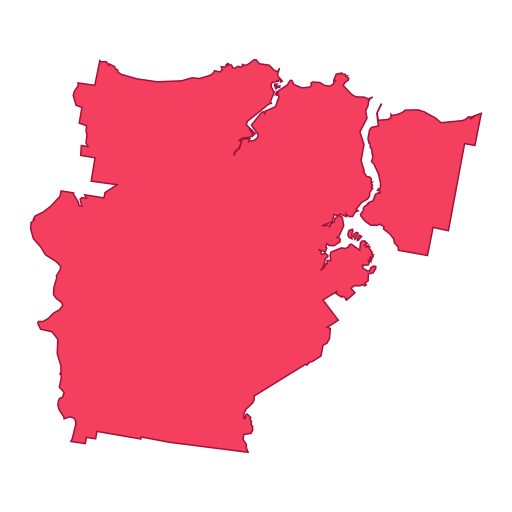 the district of Devonport, Tasmania, Australia
{"feature_id": "25037944B44278737612916", "entity_name": "Devonport", "entity_type": "district", "adm_level": 2, "iso_a3": "AUS", "parent_name": "Australia", "parent_adm1": "Tasmania", "projection": "robinson", "projection_center": [146.333, -41.213], "detail": "fine", "context": "isolated", "style": "filled", "palette": "rose", "viewbox_px": 512, "rotation_deg": 0, "n_neighbors": 0, "source": "geoboundaries", "source_scale": "gbopen_adm2", "svg_char_len": 5940}
<svg xmlns="http://www.w3.org/2000/svg" viewBox="0 0 512 512"><path d="M61.1,190.9L60.0,196.3L51.0,206.0L43.4,211.9L35.0,216.1L33.3,219.5L34.3,219.8L31.0,222.8L30.7,229.1L33.4,238.6L40.8,247.1L45.6,254.9L55.6,261.2L60.7,266.1L60.0,270.0L56.4,275.9L56.7,277.8L53.9,287.6L53.5,294.6L56.2,298.4L61.6,302.5L62.7,305.3L59.6,309.7L53.5,313.1L48.3,318.5L43.0,321.5L38.4,321.5L37.8,323.4L40.6,329.2L52.0,331.8L57.8,339.2L57.2,353.6L60.9,365.8L61.0,371.8L59.9,374.0L60.8,374.7L61.0,373.1L61.3,377.7L59.3,387.1L64.1,392.4L62.4,397.5L59.7,398.3L58.5,400.6L57.8,404.9L59.1,409.7L63.8,416.9L64.1,418.9L69.0,417.0L71.7,417.2L74.1,418.4L75.6,420.7L75.7,424.8L72.1,439.2L70.8,441.5L85.3,443.6L86.4,437.4L95.6,438.8L97.0,431.4L140.8,439.0L141.2,437.0L170.2,442.4L248.1,452.3L246.4,448.0L246.4,444.4L243.1,439.6L243.8,434.5L251.0,433.4L252.7,430.3L252.6,426.1L251.2,424.9L251.4,421.3L250.0,419.2L250.8,417.4L247.1,414.0L245.6,415.0L245.3,418.3L244.2,418.5L243.6,414.6L246.0,409.2L252.4,403.3L254.1,400.1L254.3,395.9L305.8,364.1L306.8,365.1L310.1,361.9L312.0,361.7L320.9,356.1L323.1,345.2L326.9,343.2L329.5,338.6L330.4,328.4L327.1,327.4L338.3,320.2L323.0,300.0L337.4,291.1L335.6,293.3L341.6,297.1L342.3,296.1L346.5,298.7L345.8,299.7L346.6,300.1L354.9,292.8L351.3,288.7L351.5,287.7L354.4,285.7L359.8,285.8L363.2,284.5L364.3,285.9L366.2,285.1L365.0,282.9L368.1,280.9L368.4,273.8L373.1,272.9L375.8,268.3L375.7,266.4L373.4,266.1L371.0,267.4L369.5,270.9L367.7,271.0L362.7,268.1L363.0,265.4L361.6,265.3L368.3,265.0L369.3,262.4L368.1,260.4L369.8,260.5L370.2,256.2L370.0,260.9L370.9,261.7L370.7,260.1L371.5,259.8L370.7,259.3L371.7,258.3L371.0,258.1L373.2,256.7L372.5,255.7L373.5,254.9L371.6,253.7L372.1,252.1L369.5,248.7L369.7,246.7L367.1,246.8L368.1,245.4L365.4,246.5L364.6,244.9L367.3,243.4L364.5,240.8L362.0,241.1L360.5,242.7L359.7,250.2L351.5,244.2L349.4,244.8L348.9,246.5L345.8,248.5L341.3,247.9L331.0,252.1L330.1,255.0L330.9,260.6L327.1,260.3L327.2,263.6L326.1,263.3L324.3,267.2L320.6,270.6L323.5,266.3L325.5,258.4L327.9,256.9L327.8,255.3L324.8,253.0L322.3,254.4L321.1,253.5L321.0,250.9L318.1,249.4L325.2,251.9L326.8,248.1L325.8,247.2L326.9,243.5L328.8,245.4L333.9,245.8L339.9,241.9L340.4,239.5L339.0,237.6L337.0,237.5L339.3,235.6L343.7,225.8L342.3,217.3L339.7,216.0L339.9,214.6L334.9,218.5L334.0,222.0L330.8,223.9L329.6,226.7L329.2,225.1L323.3,225.9L322.7,225.5L332.2,221.7L334.1,214.4L337.1,215.5L340.7,214.3L346.4,216.7L345.8,213.9L349.0,216.5L352.5,216.6L355.5,211.7L358.1,210.8L356.1,209.5L361.3,202.7L367.8,198.8L369.6,195.9L369.8,192.4L372.7,188.2L371.3,186.8L372.6,185.4L371.2,183.3L372.0,182.5L371.2,182.7L371.3,178.9L369.9,177.1L366.8,176.5L363.3,171.5L364.2,170.9L361.1,160.5L364.0,144.5L359.9,132.0L367.0,118.1L365.7,110.9L368.1,105.6L368.5,102.1L369.6,99.3L372.7,97.0L368.3,99.0L364.6,97.2L355.6,96.8L351.5,94.3L343.2,85.4L345.0,82.5L348.2,80.3L348.8,78.4L346.7,76.6L347.2,76.0L345.7,76.3L345.5,74.4L341.6,73.9L341.7,73.0L336.3,74.1L334.3,78.7L335.2,80.8L333.8,80.3L333.6,83.7L330.2,86.2L324.4,85.4L319.9,82.5L312.6,82.0L311.0,83.1L311.5,85.3L309.7,87.1L301.9,87.9L293.7,84.4L292.0,80.4L290.1,80.4L287.3,85.0L276.5,92.1L275.5,94.5L277.8,93.3L276.9,95.2L278.5,95.2L278.8,97.4L275.3,106.9L265.2,111.1L264.8,113.6L263.6,111.8L261.7,112.3L251.4,125.1L258.3,134.7L257.6,137.4L254.6,140.2L248.7,141.6L249.9,138.7L242.4,139.0L239.3,148.7L235.3,151.8L234.2,155.6L234.2,152.4L238.9,148.3L241.0,142.7L240.6,140.8L239.3,140.4L242.6,137.9L249.7,137.2L252.5,135.6L252.6,133.9L250.9,131.4L252.2,131.7L252.2,130.4L250.4,128.8L250.2,130.5L249.1,127.5L246.3,124.7L247.5,121.2L268.8,104.1L271.4,103.4L270.5,101.1L274.5,91.7L273.2,91.2L272.2,87.7L272.3,88.8L271.3,87.4L271.2,84.4L272.3,82.4L278.2,81.2L277.5,80.6L278.9,80.0L281.0,80.0L280.6,82.0L282.3,81.1L277.8,76.0L277.7,73.8L279.6,68.2L277.6,71.7L274.1,70.2L269.3,65.2L259.2,63.7L256.3,59.9L254.1,59.7L247.9,64.4L245.4,65.4L242.4,64.4L242.5,66.1L241.3,67.2L237.6,66.3L235.2,68.2L232.8,67.8L231.5,65.0L228.5,65.0L228.9,64.1L227.5,63.5L227.3,65.3L226.3,64.7L225.2,67.1L221.2,66.7L222.2,69.9L219.7,72.0L214.6,70.7L212.7,73.7L209.7,75.5L199.5,78.5L192.1,77.8L181.7,80.8L157.4,81.8L137.1,78.9L121.4,74.4L118.1,72.3L117.6,69.9L115.5,68.9L114.5,66.5L109.4,64.0L108.8,65.1L106.3,61.7L101.0,61.8L99.8,60.6L94.8,85.3L78.0,82.9L78.1,85.9L74.4,91.2L73.2,95.4L76.1,105.3L81.9,107.4L79.2,123.1L86.6,125.7L86.0,130.8L87.0,135.0L86.0,142.8L88.0,146.6L81.3,145.5L80.7,155.4L95.0,157.8L91.2,181.2L117.1,184.7L105.0,192.6L104.0,197.9L84.7,194.8L86.4,198.3L81.7,197.7L80.1,199.0L81.7,206.1L79.1,205.8L78.3,201.9L73.4,194.1L73.6,192.9L61.1,190.9ZM481.3,113.3L473.3,116.2L472.8,116.6L473.3,117.1L472.7,117.8L469.8,119.2L473.1,117.0L468.4,116.9L464.8,119.8L461.7,120.7L441.0,122.7L435.5,118.1L424.2,111.8L418.2,109.9L405.2,110.1L401.8,112.8L396.5,114.7L391.8,115.4L391.0,114.4L390.9,117.6L388.1,119.5L378.3,120.3L377.2,112.9L381.7,103.8L380.9,104.4L376.8,113.3L378.4,126.0L371.4,127.4L369.6,129.8L368.0,138.4L368.8,142.9L369.9,143.2L370.3,147.7L371.5,148.5L372.3,155.2L372.6,154.2L372.9,156.9L371.5,161.6L373.9,164.0L378.5,173.9L380.7,184.0L380.0,189.0L378.5,188.8L377.4,190.4L379.9,190.9L380.5,192.1L379.9,193.2L378.7,192.6L375.5,194.2L373.0,200.9L369.5,202.1L367.3,204.0L367.8,204.6L364.5,206.4L363.2,208.5L363.5,210.2L360.5,214.4L360.9,216.0L364.9,221.0L370.7,225.2L377.3,225.3L379.4,224.1L383.9,226.5L383.5,229.0L389.6,233.7L393.7,238.9L394.5,243.1L398.2,246.9L398.4,250.3L427.5,255.5L433.1,227.4L448.4,230.7L464.6,143.6L474.9,145.5L481.3,113.3ZM351.9,233.8L352.9,231.2L352.5,229.2L348.9,230.6L347.8,234.8L349.0,237.4L352.0,238.8L351.9,233.8ZM353.4,236.0L355.0,239.3L358.1,233.1L356.7,232.3L354.1,233.8L353.4,236.0ZM274.3,85.1L276.0,88.9L276.9,87.6L279.6,87.4L279.9,85.8L276.8,86.4L276.1,85.2L277.1,84.1L274.8,84.1L274.3,85.1ZM357.4,240.5L358.2,240.3L361.6,236.4L359.3,235.1L357.1,239.1L357.4,240.5ZM252.8,135.9L255.3,133.5L253.0,131.4L252.1,132.2L252.9,134.4L252.8,135.9Z" fill="#f43f5e" stroke="#9f1239" stroke-width="1.5"/></svg>